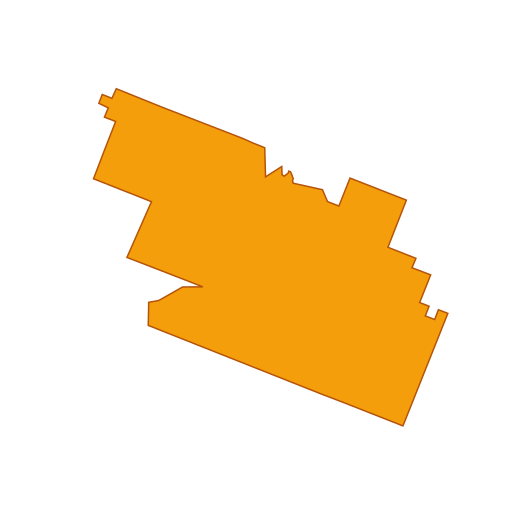 Franklin, Arkansas, United States of America, rotated 110°
{"feature_id": "52423323B69712686179193", "entity_name": "Franklin", "entity_type": "district", "adm_level": 2, "iso_a3": "USA", "parent_name": "United States of America", "parent_adm1": "Arkansas", "projection": "albers", "projection_center": [-93.962, 35.487], "detail": "fine", "context": "isolated", "style": "filled", "palette": "amber", "viewbox_px": 512, "rotation_deg": 110, "n_neighbors": 0, "source": "geoboundaries", "source_scale": "gbopen_adm2", "svg_char_len": 786}
<svg xmlns="http://www.w3.org/2000/svg" viewBox="0 0 512 512"><g transform="rotate(110 256 256)"><path d="M244.1,66.2L254.6,66.4L254.4,76.4L244.0,76.2L243.8,86.3L214.0,85.4L213.7,105.4L203.5,104.9L202.7,135.0L152.1,133.8L151.6,154.0L150.6,194.3L180.7,195.2L180.4,207.4L171.0,216.2L174.9,246.0L172.5,247.5L170.7,247.4L166.0,251.3L165.0,252.6L165.1,254.3L166.8,254.0L171.4,256.8L170.7,259.3L163.1,262.4L178.4,274.1L151.3,284.8L150.8,298.8L150.1,307.7L148.3,395.1L146.6,444.5L157.1,445.3L156.8,455.7L166.3,455.9L167.3,445.5L177.4,445.9L177.6,433.9L208.7,434.6L239.0,435.1L240.7,372.8L301.5,376.8L302.5,326.5L303.2,295.5L310.2,314.4L331.1,332.2L336.2,341.0L358.1,333.5L363.4,146.1L363.7,126.1L365.4,59.8L244.3,56.1L244.1,66.2Z" fill="#f59e0b" stroke="#b45309" stroke-width="1.5"/></g></svg>